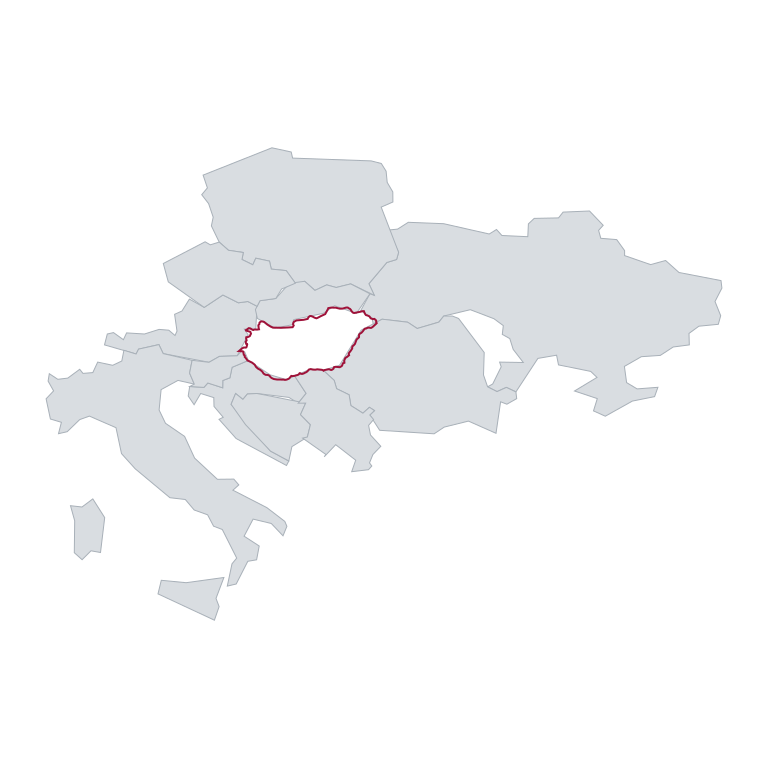 Hungary highlighted among its neighbors
{"feature_id": "HUN", "entity_name": "Hungary", "entity_type": "country or territory", "adm_level": 0, "iso_a3": "HUN", "parent_name": "Europe", "parent_adm1": "", "projection": "natural_earth1", "projection_center": [19.424, 47.153], "detail": "fine", "context": "with_neighbors", "style": "outline", "palette": "rose", "viewbox_px": 768, "rotation_deg": 0, "n_neighbors": 11, "source": "natural_earth", "source_scale": "50m", "svg_char_len": 8011}
<svg xmlns="http://www.w3.org/2000/svg" viewBox="0 0 768 768"><path d="M626.6,382.6L637.1,388.9L657.9,387.3L654.6,396.6L632.3,401.1L605.3,416.2L593.5,410.9L597.3,398.6L574.5,391.0L597.0,377.4L590.7,371.4L558.5,364.9L556.6,355.2L537.9,358.4L515.9,391.9L506.4,387.4L497.0,391.6L487.6,386.8L492.7,384.0L501.2,366.8L499.6,362.1L523.3,362.5L513.2,349.4L509.8,338.6L502.3,334.4L503.3,325.6L493.9,318.7L470.3,309.7L443.8,316.0L438.9,322.1L417.2,328.5L407.6,322.2L382.1,319.2L373.4,324.8L371.9,317.8L360.6,310.8L369.9,293.8L374.3,295.3L368.9,283.7L386.8,262.5L396.6,259.5L398.6,252.3L388.1,230.1L397.6,229.1L408.3,222.3L443.7,223.7L489.2,234.0L496.5,229.5L501.9,235.5L527.8,236.7L528.4,223.9L534.2,218.4L558.5,217.9L563.1,212.1L589.5,211.0L603.2,225.3L598.6,230.4L600.8,238.3L616.7,239.6L624.6,250.6L624.6,255.6L650.6,264.6L665.6,260.5L679.0,272.5L721.0,280.6L721.9,288.1L715.0,301.5L720.7,315.7L718.3,324.3L698.9,326.2L689.0,333.4L689.3,344.9L673.2,347.0L660.3,355.4L641.3,356.7L624.4,366.4L626.6,382.6Z" fill="#d9dde1" stroke="#a8b0b8" stroke-width="1"/><path d="M386.1,171.2L387.2,182.4L392.8,191.9L392.9,202.0L381.2,207.1L398.6,252.3L396.6,259.5L386.8,262.5L368.9,283.7L374.3,295.3L350.7,283.9L336.2,287.5L326.7,284.9L314.9,290.4L304.7,281.3L296.5,284.8L286.2,270.6L271.3,269.1L269.5,261.1L255.8,258.2L252.8,264.8L242.0,259.5L243.3,252.5L228.5,250.3L219.2,242.1L211.4,225.9L213.2,217.2L208.6,203.6L201.7,194.7L207.4,187.9L203.1,175.1L271.9,147.8L291.2,152.0L292.6,158.1L371.2,160.9L381.3,163.5L386.1,171.2Z" fill="#d9dde1" stroke="#a8b0b8" stroke-width="1"/><path d="M257.1,306.3L255.7,329.1L244.3,329.1L248.1,334.7L237.2,355.8L219.4,356.4L209.0,362.3L163.2,353.6L158.9,344.6L138.6,349.1L136.1,354.0L104.5,344.9L107.3,334.0L113.5,332.6L123.4,339.7L126.6,332.9L144.5,334.0L159.1,329.4L168.8,330.2L175.0,335.5L177.0,331.1L174.6,314.3L182.0,311.0L189.4,299.1L204.2,307.4L222.9,295.0L238.4,302.8L247.9,301.5L257.1,306.3Z" fill="#d9dde1" stroke="#a8b0b8" stroke-width="1"/><path d="M487.6,386.8L497.0,391.6L506.4,387.4L515.9,391.9L516.7,398.6L506.9,404.2L500.6,401.8L496.0,433.3L468.4,421.1L444.2,427.1L434.1,433.8L379.7,430.3L369.8,415.0L374.5,410.6L369.4,407.3L362.9,413.2L350.9,405.6L349.1,394.8L336.6,388.7L334.2,380.4L323.1,370.2L339.5,365.3L361.1,330.2L382.1,319.2L407.6,322.2L417.2,328.5L438.9,322.1L443.8,316.0L452.3,316.0L458.6,318.5L484.2,352.5L483.5,375.0L487.6,386.8Z" fill="#d9dde1" stroke="#a8b0b8" stroke-width="1"/><path d="M248.4,360.4L270.1,374.8L287.0,379.8L294.6,375.9L306.1,393.4L298.2,403.2L288.9,397.4L257.0,393.5L247.4,394.0L242.9,399.4L235.6,393.5L231.1,404.3L270.5,451.1L288.8,461.0L286.5,465.5L236.2,438.6L219.0,419.3L223.2,417.3L214.0,406.4L213.8,397.6L200.7,393.5L194.1,404.7L188.2,396.0L189.7,386.5L203.9,387.4L207.8,383.0L222.7,387.8L222.8,380.5L229.9,377.8L232.1,367.3L248.4,360.4Z" fill="#d9dde1" stroke="#a8b0b8" stroke-width="1"/><path d="M123.9,350.3L136.1,354.0L138.6,349.1L158.9,344.6L163.2,353.6L192.1,360.3L189.6,373.1L194.3,384.1L178.0,380.4L161.1,389.6L159.1,410.0L165.5,423.3L184.6,436.4L194.6,458.1L217.4,479.3L233.8,479.1L238.8,484.9L232.9,490.2L266.8,507.6L284.8,521.4L286.9,526.3L283.0,535.8L271.3,523.5L253.1,519.1L244.1,536.2L259.2,546.0L256.6,559.8L247.8,561.3L236.2,584.0L227.3,586.1L232.0,563.8L236.7,558.1L222.3,529.5L213.6,526.2L207.6,514.8L194.2,510.0L185.3,499.5L169.9,497.7L135.2,468.8L121.5,453.6L116.0,427.7L89.4,416.1L79.7,419.6L67.2,431.7L58.5,433.7L61.4,422.3L50.4,419.0L46.1,398.8L53.6,390.9L48.1,381.1L49.3,373.7L57.8,379.3L67.8,378.1L79.7,369.3L83.0,373.4L92.8,372.6L97.7,362.1L112.7,365.3L121.8,361.0L123.9,350.3ZM186.1,582.7L223.9,577.5L216.0,598.4L219.1,606.6L214.4,620.2L158.0,593.9L161.3,580.3L186.1,582.7ZM82.0,507.0L92.8,498.9L104.7,517.6L100.5,552.5L91.0,550.8L82.1,559.7L74.3,552.7L74.7,520.8L70.5,505.7L82.0,507.0Z" fill="#d9dde1" stroke="#a8b0b8" stroke-width="1"/><path d="M192.1,360.3L209.0,362.3L219.4,356.4L237.2,355.8L241.2,351.4L244.6,351.7L248.4,360.4L232.1,367.3L229.9,377.8L222.8,380.5L222.7,387.8L207.8,383.0L203.9,387.4L189.7,386.5L194.3,384.1L189.6,373.1L192.1,360.3Z" fill="#d9dde1" stroke="#a8b0b8" stroke-width="1"/><path d="M369.9,293.8L356.3,313.5L334.6,305.7L323.3,313.3L293.7,319.6L292.1,324.8L275.0,328.0L257.4,318.5L255.4,309.6L260.0,300.7L275.8,298.5L289.4,283.3L304.7,281.3L314.9,290.4L326.7,284.9L336.2,287.5L350.7,283.9L369.9,293.8Z" fill="#d9dde1" stroke="#a8b0b8" stroke-width="1"/><path d="M219.2,242.1L228.5,250.3L243.3,252.5L242.0,259.5L252.8,264.8L255.8,258.2L269.5,261.1L271.3,269.1L286.2,270.6L295.4,283.2L281.6,289.0L275.8,298.5L260.0,300.7L257.1,306.3L247.9,301.5L238.4,302.8L222.9,295.0L204.2,307.4L168.3,281.9L163.3,263.5L205.1,241.8L210.3,244.8L219.2,242.1Z" fill="#d9dde1" stroke="#a8b0b8" stroke-width="1"/><path d="M288.8,461.0L270.5,451.1L245.5,424.6L231.1,404.3L235.6,393.5L242.9,399.4L247.4,394.0L257.0,393.5L305.7,403.1L300.5,414.6L310.4,424.7L307.4,437.0L291.9,446.6L288.8,461.0Z" fill="#d9dde1" stroke="#a8b0b8" stroke-width="1"/><path d="M294.6,375.9L310.3,369.1L323.1,370.2L334.2,380.4L336.6,388.7L349.1,394.8L350.9,405.6L362.9,413.2L369.4,407.3L374.5,410.6L369.8,415.0L373.6,419.5L368.6,425.4L370.5,435.0L380.8,446.3L372.9,454.5L369.5,462.9L371.8,466.0L368.5,469.7L351.7,471.7L355.7,460.2L335.7,444.7L324.2,456.8L325.9,454.5L302.6,438.1L307.4,437.0L310.4,424.7L300.5,414.6L305.7,403.1L298.2,403.2L306.1,393.4L294.6,375.9Z" fill="#d9dde1" stroke="#a8b0b8" stroke-width="1"/><path d="M361.5,311.3L363.4,311.1L363.5,311.1L364.0,311.2L364.3,312.4L364.4,312.5L364.8,313.3L365.3,314.3L366.0,315.1L367.5,315.5L369.4,316.4L370.7,318.3L372.6,319.0L372.8,319.1L373.1,319.0L374.5,318.9L374.8,319.3L375.9,320.2L376.3,321.0L376.1,321.8L376.3,322.7L376.7,323.1L376.2,323.7L372.7,326.9L371.4,327.8L370.4,327.9L369.0,327.6L367.5,327.8L366.2,328.5L364.9,328.7L364.0,329.6L362.8,331.3L361.4,332.8L359.9,333.7L359.1,334.5L359.0,337.3L358.2,338.1L357.1,339.0L356.5,339.7L354.9,344.0L353.6,345.4L352.4,346.4L352.2,347.4L352.2,348.5L350.8,350.7L349.0,353.0L348.7,354.0L349.1,355.2L347.3,356.7L346.3,357.4L345.5,357.7L345.0,358.7L344.1,360.9L344.4,361.9L344.4,362.8L342.9,363.3L342.5,364.4L342.1,365.6L341.5,366.2L339.8,367.2L335.7,366.8L334.1,367.1L333.7,367.9L333.6,368.5L333.1,369.0L332.1,369.7L331.1,370.0L329.0,369.2L324.3,370.1L323.5,370.7L322.9,370.2L321.9,369.8L317.2,369.3L315.4,369.7L313.0,369.6L310.7,369.1L309.0,369.5L307.5,371.2L306.8,371.8L306.2,372.2L304.9,372.8L303.8,373.4L302.4,373.9L301.1,373.9L299.9,373.1L299.5,373.3L299.1,374.0L298.5,374.6L296.7,375.3L296.2,375.3L294.7,375.8L292.4,376.1L291.3,375.9L289.2,378.4L288.6,378.8L286.6,379.6L285.0,379.9L283.6,379.6L283.0,379.6L276.9,379.5L273.7,379.0L271.6,378.0L270.3,376.9L269.6,375.8L268.0,375.0L265.5,374.8L263.6,373.6L262.2,371.5L260.3,369.9L257.9,368.6L256.0,366.9L254.7,364.7L252.2,362.7L248.5,360.9L247.5,360.5L247.2,360.0L245.5,357.7L244.7,356.9L244.8,355.8L244.5,355.2L243.8,354.8L243.5,353.2L243.3,352.0L242.8,351.3L238.9,351.1L242.2,348.3L243.9,347.5L245.7,347.6L246.3,347.4L246.5,347.0L246.8,346.1L247.0,345.2L247.2,344.4L247.0,343.9L246.1,343.8L245.7,341.8L246.1,341.0L246.6,340.5L246.1,338.1L246.3,337.2L247.7,337.1L248.9,336.6L249.9,336.0L250.2,335.2L251.0,333.7L250.3,331.8L246.1,330.6L245.9,330.1L246.9,329.6L247.9,328.8L248.6,328.2L249.4,328.2L250.5,328.5L252.5,329.8L253.3,330.0L254.1,329.6L254.9,329.5L257.1,329.6L259.0,329.3L258.6,327.8L258.6,326.8L258.3,325.9L258.5,325.0L259.3,324.3L259.5,322.7L260.7,321.6L261.3,321.4L263.3,321.6L263.8,321.9L264.2,322.0L267.4,324.6L270.6,326.6L273.1,327.7L276.9,327.7L280.9,327.8L287.6,327.5L292.6,327.2L293.0,326.7L293.7,325.5L293.1,324.5L293.2,323.3L294.0,321.7L296.5,320.4L303.6,319.8L307.7,318.9L308.3,317.5L309.6,316.2L310.9,316.0L312.6,316.6L314.6,317.7L316.4,318.3L317.5,317.9L321.1,316.0L325.2,314.1L328.0,309.0L328.3,308.1L331.4,307.6L335.9,307.7L338.2,308.3L340.0,308.7L342.6,308.6L346.3,307.5L347.7,307.5L348.8,308.3L350.0,308.9L350.8,309.8L351.4,310.9L351.8,311.4L352.3,312.0L353.2,312.8L354.2,313.0L361.1,311.6L361.5,311.3Z" fill="none" stroke="#9f1239" stroke-width="2"/></svg>